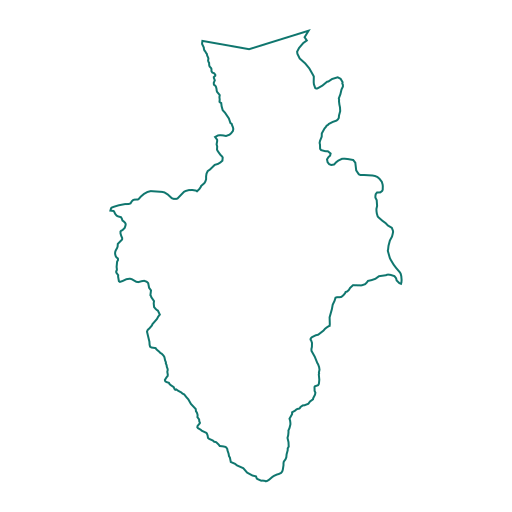 outline of Ngangla, Shemgang, Bhutan, rotated 180°
{"feature_id": "84629894B76990430770482", "entity_name": "Ngangla", "entity_type": "district", "adm_level": 2, "iso_a3": "BTN", "parent_name": "Bhutan", "parent_adm1": "Shemgang", "projection": "robinson", "projection_center": [90.989, 26.895], "detail": "fine", "context": "isolated", "style": "outline", "palette": "teal", "viewbox_px": 512, "rotation_deg": 180, "n_neighbors": 0, "source": "geoboundaries", "source_scale": "gbopen_adm2", "svg_char_len": 6090}
<svg xmlns="http://www.w3.org/2000/svg" viewBox="0 0 512 512"><g transform="rotate(180 256 256)"><path d="M246.2,30.7L244.8,31.1L243.0,32.2L239.6,35.1L237.9,36.2L235.0,37.5L233.2,38.0L230.9,39.1L229.8,40.5L229.2,42.3L228.5,46.8L228.5,48.9L228.2,50.4L226.5,52.7L225.7,54.7L225.4,57.7L224.3,61.8L224.3,63.6L223.3,65.4L223.5,69.8L224.5,74.1L223.8,76.8L223.5,80.0L223.6,81.4L222.5,84.0L221.6,87.6L221.6,88.9L221.9,91.4L222.5,93.3L219.9,97.9L219.9,99.7L217.0,101.3L215.8,102.4L214.5,103.1L213.0,103.3L212.3,103.7L211.5,105.0L209.2,106.6L207.6,106.7L203.7,108.2L202.0,110.5L199.0,112.7L198.8,113.8L197.0,117.3L196.6,119.3L197.4,121.1L197.5,125.0L197.1,125.7L193.9,126.8L193.1,128.2L192.7,132.3L193.2,137.7L192.9,138.4L193.1,139.5L192.5,142.3L192.9,144.9L193.9,147.7L194.7,149.0L197.2,155.2L200.5,161.1L200.6,162.9L200.1,165.1L200.0,169.1L200.9,171.7L201.4,172.2L201.5,172.9L200.9,174.0L200.1,174.8L196.3,176.7L193.8,177.3L188.5,181.4L187.0,183.2L185.2,184.6L183.0,186.0L182.4,186.1L182.2,187.7L182.4,194.7L180.1,202.9L179.3,207.3L177.4,211.3L176.5,214.3L175.0,214.8L172.3,214.8L170.6,215.1L168.6,216.8L166.9,218.8L166.4,220.0L164.8,220.5L163.1,222.1L161.9,224.1L159.0,226.8L150.8,226.6L149.9,226.8L146.9,227.8L145.2,229.5L144.0,231.1L140.4,231.9L136.6,233.2L133.0,235.8L125.9,236.8L124.9,237.3L123.6,237.4L121.4,237.1L117.6,235.9L116.1,234.0L115.7,233.0L115.4,231.6L112.7,228.9L111.0,228.2L110.6,229.6L110.4,232.0L110.7,235.7L111.3,238.2L112.0,239.5L116.0,244.2L118.4,247.4L121.4,252.4L122.2,254.1L124.2,261.2L123.9,262.6L123.5,266.2L122.1,271.5L120.0,275.4L119.4,277.7L118.9,280.1L119.1,281.4L120.2,284.2L124.1,286.5L126.4,288.9L129.7,291.3L133.8,294.9L134.4,295.8L135.2,298.6L135.5,300.8L135.6,303.0L134.9,306.1L135.3,311.8L136.6,314.4L136.6,316.0L136.3,317.8L135.0,319.5L131.7,319.6L129.8,321.1L129.3,322.3L129.2,325.9L129.4,327.5L130.2,330.2L132.5,333.2L134.6,335.0L137.0,336.0L139.5,336.5L147.9,337.0L151.6,337.0L153.2,337.7L155.8,341.6L156.7,349.3L158.8,352.0L163.8,352.9L167.5,353.3L170.0,353.2L173.7,351.4L175.9,349.7L177.9,347.5L180.7,347.0L182.8,347.8L184.4,349.8L185.0,352.6L183.6,354.8L181.9,356.4L181.4,358.5L184.1,360.7L186.8,360.8L190.9,361.9L191.9,363.2L192.0,367.3L192.4,369.1L192.0,371.1L190.3,375.3L190.2,378.6L187.5,383.5L186.1,385.1L185.4,386.3L183.9,387.2L183.3,388.0L179.2,390.1L175.5,391.4L174.1,392.6L173.2,394.1L173.0,396.5L171.8,400.9L172.0,404.6L172.6,407.4L173.0,410.6L172.9,412.4L173.2,413.6L171.6,417.8L170.5,422.5L169.1,425.4L169.1,427.2L169.7,428.5L169.4,429.8L171.4,433.2L174.3,434.7L179.9,433.0L183.6,430.5L184.9,430.3L189.6,426.4L193.8,424.0L194.9,423.5L195.9,423.5L196.8,424.0L198.1,427.7L198.3,429.8L198.2,435.5L198.8,436.7L202.7,443.6L206.8,448.6L212.3,453.5L214.6,458.2L214.9,460.3L212.9,464.1L208.7,469.0L205.2,471.5L207.4,474.8L203.4,481.3L262.9,462.8L309.6,471.1L309.9,468.7L309.9,468.0L308.2,464.5L308.1,463.2L307.6,461.5L306.8,460.7L305.9,459.0L305.2,458.2L304.8,456.4L303.9,454.5L303.6,453.4L303.9,451.5L303.6,450.3L302.9,449.1L302.8,446.9L302.4,445.5L301.0,444.0L300.6,443.2L300.5,440.8L300.0,439.9L299.6,439.4L297.8,438.7L296.7,437.2L296.7,436.3L298.2,434.9L298.1,434.0L297.2,431.7L298.2,429.3L298.2,428.0L298.0,427.2L296.7,426.3L296.0,425.1L295.5,423.1L295.3,421.2L294.9,420.1L292.4,417.1L292.3,416.4L292.6,415.0L292.3,412.5L292.5,410.2L291.8,409.5L290.8,409.0L290.4,405.8L289.3,401.8L287.0,399.3L283.1,393.5L281.6,389.0L280.3,388.1L279.9,386.7L279.1,384.8L278.7,383.0L279.1,381.0L280.9,378.7L282.5,377.3L286.0,376.0L289.0,376.6L291.8,376.8L293.9,376.6L296.9,375.0L294.9,372.3L294.8,371.1L295.4,367.7L294.8,365.4L295.0,362.5L294.6,361.5L293.4,359.7L291.6,357.2L289.8,355.4L289.3,354.4L289.6,351.3L291.7,349.5L294.0,348.1L297.3,347.1L302.0,342.5L304.3,340.9L305.5,338.3L305.9,335.6L305.9,332.7L306.7,330.4L307.6,328.9L310.9,326.0L311.2,325.1L312.7,322.9L315.0,320.7L316.0,321.4L319.7,322.0L323.2,321.9L326.4,321.0L328.0,320.2L334.5,313.5L335.7,313.1L338.3,313.1L340.2,313.8L344.2,317.5L347.6,319.6L349.9,320.1L361.3,320.9L364.6,320.0L368.0,318.1L371.2,315.4L373.2,313.1L374.1,312.5L377.3,312.4L378.8,312.0L380.2,310.7L381.5,308.6L383.3,308.0L387.1,307.9L393.3,306.7L397.9,305.3L400.1,304.5L400.9,303.8L401.6,301.4L398.5,301.0L398.0,300.6L396.8,298.1L395.3,296.3L393.9,295.6L391.0,294.8L390.2,293.4L389.5,291.4L388.4,290.7L386.9,289.2L386.3,287.9L386.5,286.5L387.3,284.1L389.5,281.9L390.9,281.2L391.5,280.5L391.5,278.6L390.8,276.2L389.8,273.9L389.9,272.5L394.2,268.1L394.4,265.4L394.9,264.0L396.2,261.7L396.7,260.4L396.9,259.1L396.9,258.1L396.4,256.1L395.6,254.7L394.1,253.5L394.0,252.0L394.9,250.3L395.4,245.1L395.1,242.6L395.3,241.4L395.8,240.8L395.7,239.4L393.8,236.8L393.9,235.3L393.1,230.8L392.1,230.1L389.4,231.0L385.6,232.8L382.1,233.3L380.2,232.8L375.7,230.2L373.6,229.9L370.4,230.8L367.8,231.2L365.4,230.3L364.3,229.4L363.8,228.8L362.9,224.2L361.0,221.6L361.6,216.8L360.9,215.7L360.7,214.8L358.0,210.9L358.3,208.6L357.9,204.9L356.2,202.9L354.9,201.8L354.1,201.4L352.2,197.4L353.8,195.4L355.0,193.1L359.6,187.8L360.1,186.5L362.8,183.4L363.8,182.6L364.5,181.7L365.0,180.3L362.6,170.3L362.4,167.2L361.9,165.3L360.6,164.5L356.4,163.9L355.6,162.7L354.6,161.8L352.8,160.3L351.6,159.0L350.3,158.3L348.5,156.4L347.6,154.9L346.9,151.6L346.1,149.7L346.2,148.7L345.4,146.8L345.2,145.2L344.4,143.1L344.3,142.0L344.7,140.2L344.2,137.2L344.4,135.9L345.4,134.8L347.1,132.1L347.0,131.3L346.5,130.5L345.1,129.8L343.1,129.2L342.5,128.0L341.3,126.9L338.3,124.9L337.6,123.2L336.7,122.2L335.8,122.6L333.8,121.2L330.8,119.6L329.5,118.4L327.8,117.6L325.6,114.8L323.7,112.7L321.1,108.1L316.3,103.0L316.0,100.6L315.2,99.6L314.5,97.5L314.4,96.2L314.6,94.9L312.9,92.6L312.7,90.6L312.1,89.3L312.2,88.7L314.4,86.1L314.7,84.8L314.1,83.9L311.2,82.2L310.3,81.3L305.6,79.1L305.1,78.4L304.4,76.5L304.0,74.1L302.8,73.1L299.2,71.5L297.8,70.2L296.3,70.0L295.7,69.7L293.3,67.4L292.3,66.0L288.8,65.6L286.6,65.1L285.7,64.5L284.7,62.9L284.5,61.5L283.4,58.3L283.0,55.9L282.1,54.4L281.2,50.0L277.0,48.2L275.0,46.6L268.7,43.8L264.9,39.4L259.6,36.5L256.0,35.6L255.2,33.4L254.4,32.9L250.8,31.3L249.2,31.4L247.0,31.1L246.2,30.7Z" fill="none" stroke="#0f766e" stroke-width="2"/></g></svg>